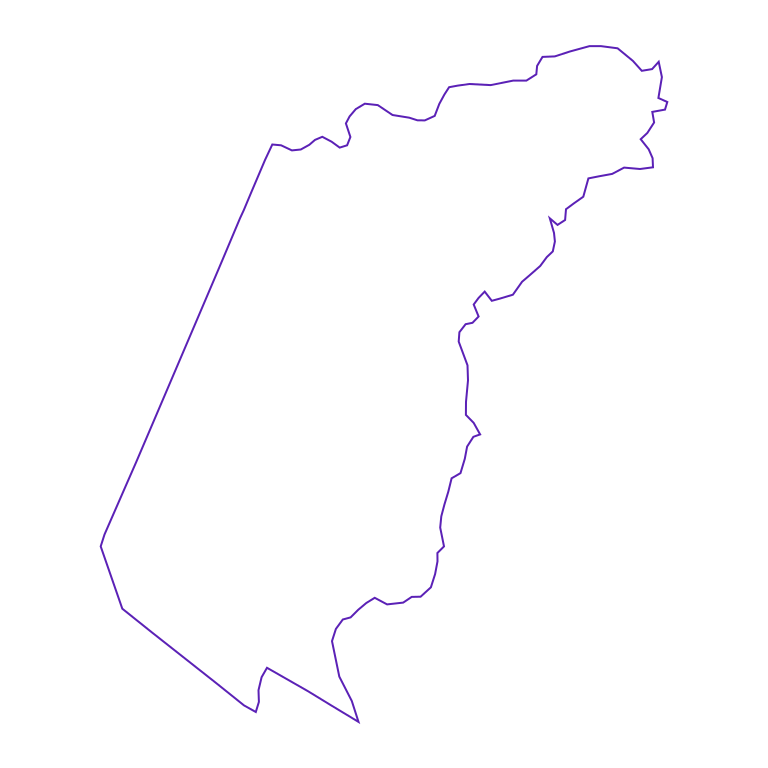 outline of Riacho das Almas, Pernambuco, Brazil
{"feature_id": "56859067B22137901706557", "entity_name": "Riacho das Almas", "entity_type": "district", "adm_level": 2, "iso_a3": "BRA", "parent_name": "Brazil", "parent_adm1": "Pernambuco", "projection": "natural_earth1", "projection_center": [-35.848, -8.088], "detail": "fine", "context": "isolated", "style": "outline", "palette": "violet", "viewbox_px": 768, "rotation_deg": 0, "n_neighbors": 0, "source": "geoboundaries", "source_scale": "gbopen_adm2", "svg_char_len": 1774}
<svg xmlns="http://www.w3.org/2000/svg" viewBox="0 0 768 768"><path d="M464.8,458.8L467.1,446.6L473.4,436.8L480.1,434.4L473.7,422.9L465.9,414.9L466.0,401.8L468.0,380.4L467.5,365.3L458.7,341.6L459.4,332.2L465.6,324.2L472.5,322.8L478.6,316.5L473.7,304.5L478.6,297.9L484.7,291.6L491.8,300.8L499.9,298.6L512.9,294.7L522.1,281.7L529.0,275.8L540.2,266.0L546.8,257.1L552.8,251.4L554.9,241.5L554.0,232.9L549.8,218.3L557.5,224.9L565.1,220.0L566.0,209.2L574.1,203.2L583.3,196.7L588.4,178.4L599.0,176.3L612.2,173.9L624.1,167.6L640.0,169.0L653.0,167.3L652.6,158.2L648.7,149.3L640.7,139.2L647.3,133.0L654.1,122.5L652.3,111.9L665.0,109.6L667.3,102.0L658.4,98.0L661.9,77.1L658.7,61.8L652.1,69.1L641.8,70.8L632.9,60.9L617.6,48.3L600.7,46.1L589.6,46.1L569.9,51.5L554.8,56.4L542.5,56.9L537.1,65.9L536.3,74.3L526.4,80.6L513.2,80.6L490.6,85.1L469.5,84.0L457.8,85.6L449.1,87.2L444.4,94.5L439.3,103.9L434.7,115.9L424.8,120.4L417.4,120.3L409.3,117.7L392.5,115.0L377.8,105.1L364.8,103.7L355.8,109.1L349.6,116.4L345.9,123.4L350.4,137.0L347.1,145.3L339.7,147.6L331.6,141.7L322.3,136.8L315.0,139.9L309.3,144.8L300.8,149.5L291.9,150.4L281.1,145.3L272.3,144.5L265.1,159.8L251.1,192.7L243.8,210.1L240.0,218.3L222.3,260.3L218.4,269.5L201.9,308.2L164.9,394.9L136.1,462.3L126.5,484.2L104.5,534.5L100.7,546.4L122.3,608.7L151.9,632.4L216.2,683.1L244.0,705.4L255.8,712.0L258.9,701.9L258.5,690.2L261.6,677.2L267.0,667.8L307.8,691.1L331.2,705.4L358.5,721.9L351.8,701.0L339.3,676.6L332.0,641.1L335.9,628.9L342.8,619.5L350.6,617.4L358.2,609.8L366.3,603.0L374.7,597.8L387.1,604.4L403.2,602.6L411.7,596.9L420.6,596.7L430.9,587.3L435.1,574.1L437.5,561.4L437.4,553.0L444.0,546.4L440.2,527.6L441.3,516.3L444.4,504.6L448.3,491.7L451.6,478.3L460.5,473.1L464.8,458.8Z" fill="none" stroke="#5b21b6" stroke-width="2"/></svg>